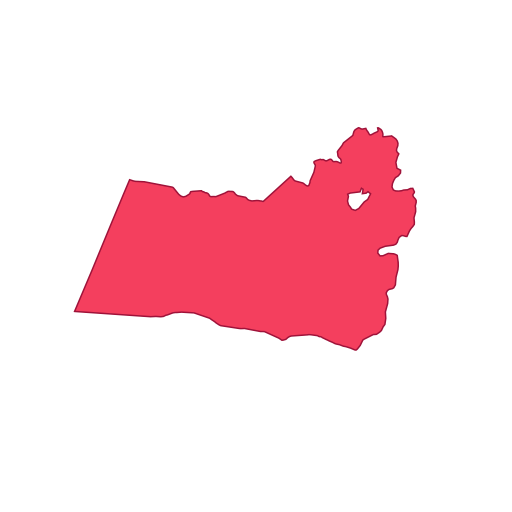 SVG path tracing the border of Rif Dimashq, rotated 146°
{"feature_id": "SYR-144", "entity_name": "Rif Dimashq", "entity_type": "Province", "adm_level": 1, "iso_a3": "SYR", "parent_name": "Syria", "parent_adm1": "", "projection": "albers", "projection_center": [36.607, 33.459], "detail": "fine", "context": "isolated", "style": "filled", "palette": "rose", "viewbox_px": 512, "rotation_deg": 146, "n_neighbors": 0, "source": "natural_earth", "source_scale": "10m", "svg_char_len": 5144}
<svg xmlns="http://www.w3.org/2000/svg" viewBox="0 0 512 512"><g transform="rotate(146 256 256)"><path d="M164.4,153.9L166.4,153.8L168.7,152.6L169.5,151.0L169.8,148.9L170.7,146.5L173.5,142.9L180.0,137.3L183.3,131.7L187.4,127.2L190.2,126.2L193.7,124.1L196.1,123.7L199.5,123.7L200.1,123.8L202.7,125.3L212.9,126.6L214.2,126.6L214.6,126.5L219.6,123.6L224.0,122.2L225.0,122.1L225.7,122.1L226.6,122.9L228.3,125.5L228.5,125.8L228.9,126.5L232.1,130.5L234.1,132.5L236.3,135.7L238.9,138.4L239.7,139.5L240.7,141.4L242.9,144.8L243.7,146.3L243.9,146.6L245.0,148.3L245.2,148.8L246.7,151.3L246.8,151.7L247.0,152.2L247.5,152.9L247.7,153.1L248.4,153.6L248.6,153.8L249.0,154.4L249.6,155.6L254.6,160.1L256.2,161.3L257.1,161.7L257.2,161.8L257.3,161.8L271.4,169.9L272.9,170.4L273.5,170.5L275.1,170.6L277.9,170.2L280.8,171.2L281.7,171.8L281.8,172.0L281.9,172.3L282.0,172.6L282.1,172.9L283.0,175.1L283.4,175.9L283.6,176.1L291.2,188.5L292.2,189.3L294.4,190.8L306.1,202.4L308.6,203.9L310.1,205.0L324.2,218.0L325.1,219.5L326.5,222.8L326.8,223.9L326.9,224.3L327.0,224.6L327.9,226.9L328.4,228.0L329.2,230.3L339.2,243.5L349.1,251.1L353.2,253.4L354.7,254.4L356.9,255.4L362.4,256.7L363.9,257.3L366.3,257.6L366.6,257.7L366.8,257.8L368.2,258.5L369.1,259.0L372.8,261.9L377.3,264.6L437.3,311.4L437.4,311.5L425.1,319.5L399.9,335.9L381.4,348.2L356.5,364.7L331.6,381.1L318.1,389.9L315.6,386.7L314.2,385.3L307.1,380.0L287.0,360.0L286.6,359.4L286.4,359.0L286.3,358.3L285.6,350.4L285.1,348.7L284.9,348.1L284.6,347.5L284.0,346.6L283.0,345.5L280.7,344.7L276.5,344.6L275.8,344.7L275.4,345.2L275.1,345.3L274.9,345.5L274.3,345.7L274.1,345.8L272.2,344.9L264.7,340.6L264.4,339.5L264.2,339.1L263.8,338.8L263.5,338.5L263.4,338.3L263.3,338.0L263.1,337.8L263.0,337.5L262.8,337.0L262.6,336.8L262.2,336.4L262.0,336.2L261.9,336.2L261.7,336.0L261.4,335.6L261.1,335.1L260.9,334.6L260.8,334.3L260.8,334.1L260.7,333.1L260.8,332.5L260.9,332.1L260.8,331.8L260.8,331.5L260.7,331.2L260.5,330.9L260.4,330.7L260.2,330.5L259.7,330.1L258.0,329.1L257.3,328.6L256.9,328.2L256.6,328.0L255.9,327.6L246.4,325.5L245.5,325.5L243.0,325.2L242.5,324.9L239.5,322.7L239.1,322.3L239.0,322.0L238.8,321.7L238.7,321.1L238.5,320.4L238.5,318.9L238.0,317.4L237.8,316.8L237.6,316.4L237.3,316.0L232.1,310.8L231.8,310.4L231.6,309.8L231.3,307.7L231.1,307.1L230.5,306.0L228.9,304.2L228.4,303.8L224.2,301.5L222.9,300.5L221.7,299.3L221.0,298.8L219.7,297.3L219.4,297.2L182.5,302.6L182.2,300.7L182.1,297.9L182.0,297.6L181.9,297.2L181.8,296.9L181.6,296.4L181.4,296.1L176.4,290.4L176.1,289.8L175.9,289.3L175.3,287.2L175.0,286.6L174.8,286.1L174.6,285.8L174.3,285.4L173.8,285.0L173.2,285.0L172.7,285.0L170.2,286.7L169.4,287.7L168.9,288.2L161.7,292.7L161.1,293.1L156.7,297.2L156.2,297.9L156.1,298.2L156.0,298.5L155.9,300.4L155.8,300.7L155.7,301.0L155.6,301.3L155.2,301.7L154.9,301.8L154.1,301.7L152.9,301.5L149.2,300.4L148.5,300.1L148.2,299.6L147.8,299.2L146.3,298.3L146.1,298.1L146.0,297.8L145.4,296.5L145.2,296.2L144.6,295.6L144.3,295.5L143.7,295.3L141.0,295.0L140.6,294.8L140.3,294.7L140.1,294.5L139.9,294.3L139.7,294.1L139.6,293.8L139.5,293.5L139.3,291.7L139.3,291.4L139.1,291.1L138.9,290.9L138.7,290.7L137.0,289.7L136.7,289.5L136.3,289.1L135.6,288.3L134.4,286.2L134.0,285.8L133.8,285.7L133.5,285.6L133.1,285.8L132.6,286.4L131.9,288.0L131.7,288.8L131.7,289.4L132.2,291.3L132.2,292.0L132.2,292.3L132.2,292.6L132.0,293.3L131.7,293.9L130.9,295.4L130.3,296.8L129.0,297.5L122.8,299.5L120.6,300.7L120.0,300.9L108.4,301.8L108.2,301.9L106.0,303.8L105.1,304.5L104.6,304.7L103.7,305.1L102.9,305.2L100.1,305.1L99.1,304.9L98.6,304.2L97.7,302.5L97.1,302.0L96.8,301.7L93.6,300.4L93.8,299.2L93.9,298.4L93.8,295.8L94.0,294.3L94.0,293.5L93.9,293.2L93.9,292.9L93.5,292.5L93.0,292.2L91.1,291.9L89.4,291.8L86.0,291.2L85.7,291.2L85.4,291.3L84.8,291.5L84.6,291.7L84.4,291.9L84.3,292.1L84.2,292.4L84.0,293.1L83.8,293.7L83.6,293.9L83.5,294.2L83.2,294.1L82.8,293.7L81.9,291.5L81.7,291.0L81.7,290.6L81.6,289.9L81.7,289.2L81.9,288.1L82.2,287.1L82.4,286.6L82.5,286.4L83.1,285.4L83.9,284.5L84.0,284.2L84.0,283.9L82.5,282.9L76.5,279.7L76.4,279.7L75.3,276.8L74.6,274.7L74.6,272.3L75.3,270.0L76.8,268.1L79.2,266.4L80.5,265.0L80.9,263.4L80.5,260.8L83.2,259.2L87.7,255.4L90.1,249.9L88.1,246.3L89.8,244.0L93.2,242.9L96.6,243.0L99.4,241.7L102.4,239.7L104.7,237.1L105.2,233.9L103.9,231.9L101.5,230.1L98.8,228.7L96.7,228.1L93.4,226.2L90.1,225.6L88.2,224.4L88.8,220.6L89.4,220.0L91.3,219.3L92.0,218.7L92.4,217.0L92.0,213.8L92.2,212.4L93.3,210.8L96.0,208.4L96.9,206.4L98.9,203.4L103.7,199.3L105.7,195.6L107.1,193.7L109.4,192.8L112.1,192.1L114.7,191.0L119.9,187.8L120.8,188.4L122.7,190.7L123.8,191.5L126.9,191.4L129.2,190.0L131.2,188.4L133.4,187.6L135.9,188.1L143.4,191.8L148.8,193.1L151.6,192.6L153.4,190.3L153.1,186.7L150.6,185.2L144.9,184.2L140.7,180.9L139.8,179.8L138.8,178.1L138.6,177.5L141.7,171.2L143.7,168.1L146.0,165.3L151.7,160.2L156.6,154.1L159.6,152.6L161.3,152.7L164.4,153.9ZM145.5,256.0L146.0,253.8L149.4,250.4L150.7,246.6L150.4,243.4L150.6,241.5L148.2,238.3L144.2,237.9L136.1,240.3L131.8,240.4L126.2,243.5L127.2,246.7L129.5,246.5L133.0,248.2L129.9,251.4L130.7,253.2L133.9,251.0L142.7,255.5L145.5,256.0Z" fill="#f43f5e" stroke="#9f1239" stroke-width="1.5"/></g></svg>